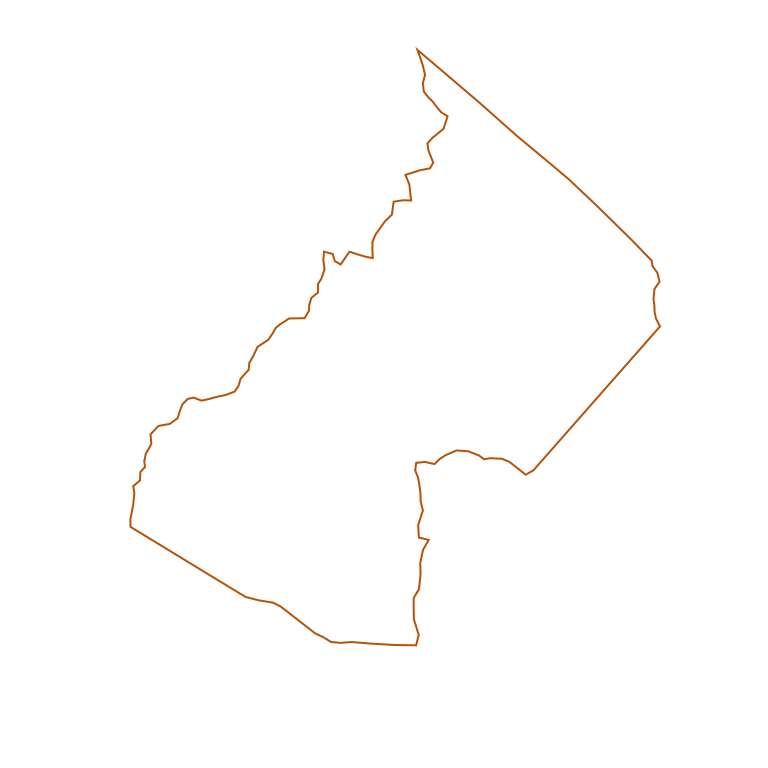 outline of Pau D'Arco do Piauí, Piauí, Brazil, rotated 132°
{"feature_id": "56859067B17447781535160", "entity_name": "Pau D'Arco do Piauí", "entity_type": "district", "adm_level": 2, "iso_a3": "BRA", "parent_name": "Brazil", "parent_adm1": "Piauí", "projection": "albers", "projection_center": [-42.465, -5.252], "detail": "fine", "context": "isolated", "style": "outline", "palette": "amber", "viewbox_px": 768, "rotation_deg": 132, "n_neighbors": 0, "source": "geoboundaries", "source_scale": "gbopen_adm2", "svg_char_len": 1882}
<svg xmlns="http://www.w3.org/2000/svg" viewBox="0 0 768 768"><g transform="rotate(132 384 384)"><path d="M659.8,476.7L642.8,386.1L634.9,344.4L628.6,332.4L620.7,320.1L618.5,311.8L615.4,268.3L612.9,260.1L611.1,250.6L605.4,243.0L597.5,235.5L586.6,221.2L576.8,208.9L570.2,200.7L556.7,185.3L547.2,190.3L539.0,204.2L531.2,211.5L523.3,218.7L512.9,220.8L500.7,229.7L492.8,237.3L487.8,240.2L481.2,244.0L469.9,246.5L474.8,255.3L466.1,264.1L451.9,270.5L446.9,278.0L440.9,283.7L434.9,290.7L430.4,296.6L427.4,303.0L421.0,307.3L414.5,301.4L409.7,292.9L401.7,292.3L395.7,290.6L384.9,285.7L377.6,276.4L373.6,265.7L373.0,259.3L368.2,255.6L360.7,246.4L357.9,238.5L356.6,218.0L348.1,215.2L156.6,217.4L153.4,225.6L149.3,231.3L144.9,235.4L140.3,240.8L132.3,246.6L123.6,247.7L118.5,255.1L116.8,263.3L113.2,267.7L112.8,274.3L111.3,295.1L109.2,344.1L108.2,383.9L109.4,418.0L110.7,451.2L111.1,502.3L113.3,582.7L120.5,569.6L126.7,560.4L134.3,556.5L140.0,550.2L141.2,543.3L141.6,536.3L142.9,530.1L143.8,523.4L142.5,515.9L154.4,510.5L168.6,512.7L176.1,512.7L180.9,507.0L186.5,495.6L192.9,494.1L201.2,500.4L214.2,508.0L218.9,498.5L229.5,486.7L234.7,492.8L242.1,498.8L252.8,491.5L263.0,492.1L278.6,490.3L286.1,487.7L292.7,481.8L297.9,476.6L301.3,482.0L305.0,489.6L308.8,498.2L324.2,496.2L325.6,502.8L321.7,509.1L325.8,517.1L332.2,512.3L338.7,504.8L347.7,501.0L353.7,500.0L360.1,494.3L368.8,495.6L375.2,492.5L379.8,488.7L388.3,487.1L398.8,498.4L408.5,501.0L414.5,502.0L421.0,500.6L428.6,499.6L441.0,502.8L451.0,499.8L458.5,498.2L463.9,494.1L476.1,494.1L482.6,490.9L489.6,489.9L498.2,494.4L505.9,500.0L511.7,503.6L518.5,508.5L521.5,516.4L526.5,519.9L534.0,520.2L540.6,517.7L547.4,514.5L557.0,516.5L566.1,523.6L577.7,523.8L584.2,516.8L595.3,514.3L601.8,510.5L605.6,506.1L612.6,506.1L618.9,500.8L627.7,502.0L632.3,496.3L641.4,489.7L654.6,481.7L659.8,476.7Z" fill="none" stroke="#b45309" stroke-width="2"/></g></svg>